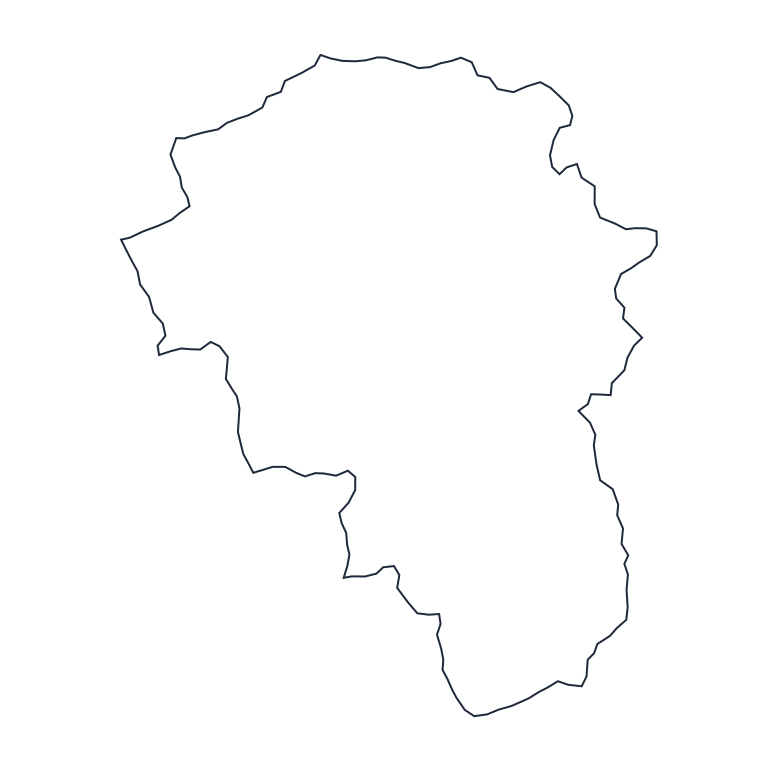 outline of Lagoinha, São Paulo, Brazil, rotated 2°
{"feature_id": "56859067B91717360167872", "entity_name": "Lagoinha", "entity_type": "district", "adm_level": 2, "iso_a3": "BRA", "parent_name": "Brazil", "parent_adm1": "São Paulo", "projection": "robinson", "projection_center": [-45.208, -23.098], "detail": "fine", "context": "isolated", "style": "outline", "palette": "slate", "viewbox_px": 768, "rotation_deg": 2, "n_neighbors": 0, "source": "geoboundaries", "source_scale": "gbopen_adm2", "svg_char_len": 2367}
<svg xmlns="http://www.w3.org/2000/svg" viewBox="0 0 768 768"><g transform="rotate(2 384 384)"><path d="M274.4,84.6L270.7,95.6L257.0,101.3L252.8,111.9L239.1,120.2L228.4,124.0L218.1,128.4L209.3,135.3L196.3,138.5L184.3,142.1L176.0,145.5L167.8,145.5L162.6,162.2L167.8,174.9L172.9,183.9L175.0,194.6L180.9,204.0L183.5,213.1L173.8,220.3L166.1,227.2L152.8,233.8L137.7,240.0L124.8,246.7L116.2,248.9L120.8,257.5L127.8,270.0L133.7,279.8L136.8,293.1L146.2,305.2L151.0,320.7L160.8,331.3L163.9,343.4L156.4,353.6L158.2,362.9L169.6,358.7L180.0,355.6L189.7,356.0L199.1,356.0L209.3,348.0L218.3,352.0L227.0,362.5L225.8,384.4L231.5,393.2L237.4,401.5L240.4,413.4L240.0,426.8L239.7,437.1L242.3,446.5L245.8,458.8L252.0,469.3L256.5,477.3L275.6,470.7L288.3,470.3L299.4,475.9L308.2,479.1L318.4,475.5L326.9,475.5L339.3,477.3L350.9,471.9L358.5,477.9L358.9,491.0L352.8,503.8L343.8,514.5L346.5,524.4L351.4,534.2L352.8,546.1L355.4,555.7L353.7,567.2L350.5,579.1L358.5,577.4L371.9,577.0L383.0,573.8L389.6,567.2L400.3,565.6L406.0,574.4L404.3,587.3L415.6,601.4L425.3,612.0L436.9,613.0L447.1,612.0L448.9,621.9L445.7,632.7L450.3,646.2L452.9,657.5L452.5,667.7L457.7,676.6L462.7,687.0L467.4,695.1L476.1,706.9L485.8,712.8L498.6,710.6L509.7,705.5L522.7,701.3L539.6,693.1L549.5,686.4L557.8,681.8L568.2,675.0L578.8,678.2L592.1,679.2L596.6,669.3L597.2,652.4L603.4,645.6L606.3,636.4L618.8,627.7L625.1,619.9L634.4,611.2L635.3,598.8L633.6,581.1L634.4,565.8L630.5,555.3L634.1,546.7L627.0,535.6L627.9,520.1L621.6,506.9L622.3,496.4L616.2,481.1L603.4,472.7L599.3,457.4L595.8,438.1L597.0,427.4L591.3,415.6L579.3,404.1L588.5,396.9L591.3,387.0L601.9,387.0L610.9,387.2L611.7,375.2L623.7,361.9L626.5,349.0L632.6,336.9L640.4,328.7L629.1,318.0L620.6,310.2L621.6,299.3L613.1,290.5L611.4,280.8L617.1,265.8L626.9,259.7L634.1,254.1L645.6,246.7L651.8,235.8L651.0,221.9L640.7,219.3L629.6,219.5L620.3,220.9L610.0,215.9L594.1,210.1L588.2,196.8L587.7,179.1L574.3,170.9L569.1,157.4L558.9,161.2L552.1,168.2L544.5,161.2L541.9,149.7L545.0,134.3L550.7,121.8L560.9,118.8L562.9,109.5L558.9,99.1L549.5,90.4L540.1,82.2L529.6,76.9L516.2,81.6L503.2,87.8L487.2,85.2L478.7,74.3L466.7,72.3L460.5,59.4L449.4,55.2L440.0,58.8L429.3,61.5L419.0,65.7L407.4,67.1L393.5,62.5L383.8,60.5L374.1,57.8L366.0,57.8L354.8,61.1L344.1,62.5L330.9,62.5L319.3,60.5L309.0,57.4L303.7,68.1L290.3,76.3L274.4,84.6Z" fill="none" stroke="#1e293b" stroke-width="2"/></g></svg>